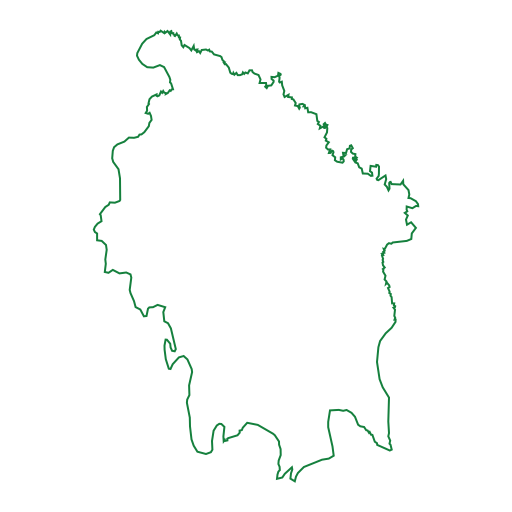 the district of Muang Sam Sip, Ubon Ratchathani, Thailand
{"feature_id": "78962969B95982372306195", "entity_name": "Muang Sam Sip", "entity_type": "district", "adm_level": 2, "iso_a3": "THA", "parent_name": "Thailand", "parent_adm1": "Ubon Ratchathani", "projection": "equal_earth", "projection_center": [104.738, 15.526], "detail": "fine", "context": "isolated", "style": "outline", "palette": "green", "viewbox_px": 512, "rotation_deg": 0, "n_neighbors": 0, "source": "geoboundaries", "source_scale": "gbopen_adm2", "svg_char_len": 5971}
<svg xmlns="http://www.w3.org/2000/svg" viewBox="0 0 512 512"><path d="M99.9,214.2L100.7,215.2L101.5,221.2L97.6,223.6L94.9,226.9L93.8,229.6L94.9,232.0L97.1,233.5L97.1,240.3L101.7,240.9L106.0,245.0L106.7,249.8L105.3,259.5L105.8,263.8L104.8,272.0L108.5,272.8L112.8,269.9L119.5,273.4L126.2,272.5L130.5,274.4L131.3,277.6L129.7,289.9L130.5,293.1L134.0,301.1L135.6,307.1L140.3,309.5L143.9,316.3L146.5,316.0L148.0,308.7L149.3,307.4L153.0,307.2L157.6,304.9L165.2,307.2L163.3,312.1L164.3,321.3L168.0,323.2L170.9,328.4L175.8,349.1L174.7,351.3L172.1,350.8L170.6,347.5L170.2,343.7L166.9,339.7L165.6,339.6L164.5,345.6L164.6,349.8L165.8,359.2L168.8,368.7L170.5,369.0L172.7,364.2L178.9,357.4L183.6,356.0L187.4,359.4L191.7,369.1L192.1,372.1L189.1,385.4L189.4,395.1L187.2,399.6L186.9,402.8L189.8,417.6L190.0,426.4L191.5,439.4L193.7,445.7L197.4,451.7L206.0,454.0L210.9,452.2L212.4,449.7L212.0,441.0L213.6,430.7L216.8,425.5L219.3,423.8L221.4,424.0L224.4,426.9L223.4,436.4L223.7,441.3L224.8,439.9L225.2,440.9L227.4,440.4L227.3,438.7L228.3,438.1L237.5,435.3L239.7,432.7L239.6,430.6L241.8,430.1L242.8,427.7L247.2,422.8L257.8,424.9L273.0,433.7L274.8,435.2L279.0,441.5L279.1,444.7L280.6,449.1L280.7,455.1L278.7,460.5L278.4,464.0L279.6,466.8L279.8,470.1L278.4,471.6L277.5,474.5L277.0,478.8L282.3,477.5L284.8,473.8L291.9,467.3L292.3,469.5L291.0,473.3L290.4,478.6L294.8,481.3L296.0,476.6L297.9,473.0L303.9,467.0L322.0,459.7L328.8,458.6L333.7,455.7L332.5,446.5L328.2,427.2L328.2,421.9L330.0,410.4L338.8,409.9L343.2,410.8L346.6,410.0L351.5,412.8L355.0,416.8L358.1,424.7L360.3,426.3L364.1,427.0L366.2,430.2L367.6,430.5L369.0,432.8L369.7,432.0L371.0,434.7L372.4,434.9L374.8,441.7L377.0,443.2L377.2,444.9L389.8,450.5L391.7,449.6L390.5,444.7L389.5,443.7L390.2,440.6L388.3,436.3L389.0,433.1L388.3,421.5L389.0,397.6L382.7,387.3L379.6,379.2L377.0,362.0L378.4,347.2L380.1,341.0L385.7,333.3L391.6,327.8L395.5,321.9L395.6,319.7L394.5,319.7L395.2,317.8L394.3,315.9L395.0,309.7L393.5,307.7L394.9,307.2L395.2,306.2L393.9,305.4L394.2,303.4L392.1,303.4L391.6,297.1L390.5,295.7L390.8,294.0L389.3,293.0L389.6,291.6L388.0,288.0L389.6,287.0L389.2,285.4L387.1,282.9L386.0,283.9L386.5,281.5L384.6,279.5L385.5,275.7L383.1,271.7L383.4,269.5L382.9,269.0L384.7,267.5L383.0,265.3L382.5,262.5L383.3,261.9L382.6,259.9L383.1,258.9L382.0,255.6L382.7,255.3L382.2,254.4L383.1,254.6L382.6,253.4L384.2,252.8L383.3,251.8L384.4,250.9L383.8,249.2L384.4,249.5L384.2,248.7L385.1,248.4L387.1,244.6L388.9,243.2L391.4,243.7L392.7,242.5L406.8,240.9L411.3,239.0L411.8,233.4L415.9,227.9L411.1,222.3L407.0,224.7L406.0,219.6L407.8,215.5L404.8,212.9L407.3,211.3L406.6,209.6L406.7,206.5L412.4,208.2L416.1,205.9L418.2,206.2L418.0,204.1L415.9,201.2L410.6,198.2L408.5,198.0L409.3,194.5L408.5,190.1L403.3,184.3L403.1,180.8L400.5,184.5L391.6,184.1L390.6,181.9L389.9,182.1L389.2,183.0L389.5,188.7L388.5,190.4L386.9,186.8L384.7,184.5L386.2,179.1L385.5,175.5L378.3,180.2L377.1,179.8L376.6,178.7L378.7,175.9L378.9,173.9L379.0,166.6L377.9,165.1L376.3,164.9L376.1,166.7L370.6,165.9L370.0,171.2L372.0,172.6L372.4,175.7L370.9,175.9L367.8,173.7L362.8,173.5L361.7,168.6L359.2,167.3L357.7,163.3L355.4,162.5L352.8,158.7L353.0,157.7L354.3,157.6L356.3,160.3L356.7,159.6L355.6,158.8L356.8,157.7L355.2,156.5L355.4,154.1L352.8,153.6L351.0,151.9L351.2,149.5L352.8,148.2L351.2,145.3L349.9,145.8L349.6,148.4L347.1,149.2L346.0,153.0L343.0,152.8L343.4,155.1L345.3,155.2L344.0,156.5L340.8,157.3L340.8,159.4L342.6,158.4L343.6,159.8L343.7,161.4L342.5,162.7L337.1,161.7L334.9,160.2L335.2,157.3L332.5,155.2L333.5,152.2L333.1,151.1L332.0,150.6L330.6,152.9L328.9,153.0L330.1,149.4L328.0,149.5L326.1,147.7L326.4,145.5L328.8,142.3L325.8,140.6L326.4,138.8L324.5,137.3L327.0,132.4L327.3,128.1L326.6,127.1L327.4,125.0L326.0,124.7L325.0,123.0L323.7,124.2L325.2,126.7L324.9,128.0L324.1,127.9L323.5,126.4L319.8,128.4L320.4,125.8L317.8,124.0L318.9,122.0L317.3,120.9L316.4,114.2L311.1,112.2L308.2,112.3L307.4,107.8L305.2,108.3L305.0,106.3L303.7,106.3L304.6,105.0L302.5,103.9L299.4,104.4L299.1,105.6L299.8,107.7L299.2,108.7L297.8,106.1L295.0,105.5L295.7,103.0L293.4,99.4L291.8,99.0L291.9,97.4L288.2,97.0L288.5,94.8L284.6,97.0L283.5,94.4L284.3,90.9L282.2,85.4L281.8,81.7L279.8,82.5L279.1,81.7L279.6,77.7L279.0,76.2L280.7,74.7L280.5,73.9L278.4,72.9L278.0,75.7L274.6,77.2L271.5,76.9L271.6,79.0L273.6,80.6L273.6,81.9L271.3,85.4L268.0,85.8L266.7,88.1L265.2,86.7L266.3,85.3L266.0,83.0L259.6,83.0L260.5,79.4L258.5,75.0L254.5,73.6L252.6,72.1L252.0,70.3L249.5,70.3L247.8,73.4L245.4,72.5L244.2,73.9L242.9,72.4L242.2,74.3L240.1,75.1L237.7,75.1L236.4,72.9L234.4,74.7L233.4,72.9L233.0,74.1L231.7,73.8L230.3,72.7L228.8,67.6L226.0,64.1L224.9,64.3L224.2,63.4L224.8,62.3L223.6,62.0L223.8,61.2L222.4,59.9L221.5,57.1L220.2,56.1L214.0,54.4L211.8,51.6L209.8,51.4L209.2,49.7L207.9,50.5L206.0,49.5L201.7,50.0L200.2,53.0L198.9,51.1L197.0,52.2L196.6,51.3L197.3,49.5L196.3,49.6L196.0,50.7L194.2,49.4L193.7,45.9L191.3,50.4L189.5,48.1L184.5,45.0L183.3,47.2L181.7,45.3L181.0,40.8L179.8,39.4L180.1,37.5L178.9,37.4L178.9,35.5L177.6,35.4L176.7,33.5L174.5,36.8L175.0,35.2L173.5,34.5L173.3,33.1L171.8,33.1L171.3,31.1L170.3,31.6L170.2,34.5L167.5,31.0L165.4,32.7L164.6,31.8L164.2,33.1L160.6,30.7L159.7,32.0L158.2,31.8L158.0,33.3L156.3,32.5L154.3,35.2L146.5,39.0L142.2,43.7L137.3,53.1L137.0,55.7L138.9,59.7L142.3,63.9L147.2,67.2L153.3,67.6L159.9,65.1L164.1,67.1L169.4,77.0L170.3,79.8L170.0,82.4L171.1,83.4L173.0,89.3L171.6,89.5L170.7,90.9L169.7,90.3L167.8,93.0L165.9,94.0L166.1,93.1L164.2,92.7L163.2,91.0L162.2,92.8L161.0,91.5L159.3,95.4L157.5,96.3L156.6,95.8L156.6,94.4L151.9,96.6L149.5,99.2L148.5,103.4L149.0,104.0L146.9,107.0L147.1,110.7L145.7,113.0L148.2,113.8L149.6,112.8L151.0,116.0L151.6,119.9L149.4,122.9L148.8,126.2L144.3,132.2L141.5,134.4L139.5,134.6L138.1,136.8L134.1,137.8L128.9,137.6L124.4,141.6L117.4,144.4L114.1,147.2L112.8,150.8L112.2,158.3L113.2,161.9L118.5,169.2L120.0,178.3L120.2,199.9L119.5,201.0L114.9,202.7L109.8,202.4L108.7,204.8L105.3,207.0L99.9,214.2Z" fill="none" stroke="#15803d" stroke-width="2"/></svg>